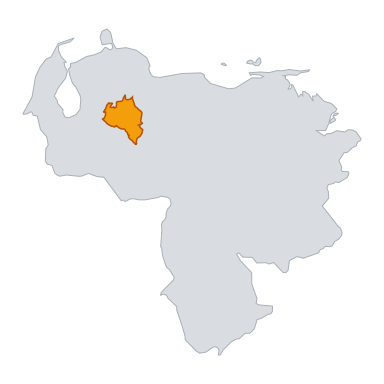 Portuguesa on a map of Venezuela (Robinson projection)
{"feature_id": "VEN-35", "entity_name": "Portuguesa", "entity_type": "State", "adm_level": 1, "iso_a3": "VEN", "parent_name": "Venezuela", "parent_adm1": "", "projection": "robinson", "projection_center": [-69.276, 8.978], "detail": "fine", "context": "in_parent", "style": "filled", "palette": "amber", "viewbox_px": 384, "rotation_deg": 0, "n_neighbors": 0, "source": "natural_earth", "source_scale": "10m", "svg_char_len": 7057}
<svg xmlns="http://www.w3.org/2000/svg" viewBox="0 0 384 384"><path d="M356.3,132.0L361.0,138.9L360.5,140.5L357.7,142.1L356.0,146.0L352.4,147.7L347.3,152.4L344.0,152.8L338.9,160.7L341.7,166.8L341.1,169.9L342.4,171.5L348.3,171.7L348.9,173.3L348.1,175.8L347.1,177.5L339.0,182.5L335.2,182.0L333.5,183.5L328.4,184.6L326.9,187.6L328.3,191.6L328.8,198.2L322.3,206.0L338.6,226.9L340.4,228.0L342.1,232.8L341.5,235.7L338.7,239.1L334.6,241.5L332.2,245.8L329.7,246.7L325.2,246.4L323.1,248.7L320.3,249.6L318.4,252.9L303.4,258.2L297.0,256.6L289.4,260.5L288.1,270.3L285.8,272.6L283.0,272.5L273.7,262.6L269.0,264.0L265.9,262.7L256.7,263.0L252.4,257.4L242.8,257.1L239.1,253.2L237.4,253.2L236.7,254.4L240.4,260.7L251.7,272.7L251.7,283.6L257.0,298.7L256.1,303.5L259.1,304.9L272.5,306.1L272.4,311.4L270.7,313.9L268.0,314.3L261.2,318.4L257.1,319.7L254.4,328.6L252.1,331.1L249.7,333.2L245.1,333.3L239.0,338.9L236.8,338.8L231.6,341.6L223.2,349.9L220.4,354.9L218.3,355.0L219.1,350.6L218.1,348.2L216.1,347.0L214.3,346.7L211.9,347.9L205.7,352.2L199.6,353.2L196.4,351.2L185.2,339.8L185.0,336.0L182.4,326.8L176.7,309.9L176.8,306.7L167.9,298.2L166.6,295.2L162.9,294.1L160.6,295.2L161.2,292.4L173.2,280.2L174.3,277.6L169.6,269.8L167.0,267.6L165.5,264.9L162.5,255.4L161.7,248.1L160.7,246.6L161.9,228.9L161.4,225.0L162.3,222.0L164.7,220.0L166.0,216.8L166.3,212.5L167.7,209.0L170.2,206.3L171.1,203.6L170.0,199.2L167.8,197.4L160.5,196.1L158.6,197.4L145.2,199.8L138.6,199.8L133.6,198.7L129.8,199.1L125.3,201.5L123.1,200.1L121.3,200.8L103.8,177.2L97.3,176.7L88.6,173.4L81.7,176.1L78.8,176.3L66.5,175.0L59.7,176.2L56.9,175.0L54.9,173.2L51.9,165.4L47.2,164.1L45.3,161.0L45.9,148.5L48.2,145.1L47.3,139.4L46.7,136.7L40.5,129.7L37.3,116.1L33.2,115.3L32.0,112.4L30.7,111.8L27.4,113.7L23.8,114.4L23.0,113.7L32.1,96.8L35.5,76.9L40.0,67.1L46.1,59.2L51.1,56.9L58.3,43.5L74.2,38.0L70.0,42.0L60.6,44.6L58.4,46.3L58.6,50.7L61.4,57.0L66.2,62.1L64.0,62.6L64.9,67.1L67.2,70.2L67.3,72.2L65.6,78.2L58.3,87.7L54.3,96.0L57.3,101.0L57.7,103.5L63.1,109.7L62.6,112.1L65.0,117.1L68.7,117.8L76.1,114.6L80.0,109.3L80.8,99.2L80.1,95.5L75.6,86.7L72.5,83.3L69.8,75.7L68.6,68.7L70.7,67.1L70.5,63.5L75.6,62.5L86.6,56.5L93.5,55.0L101.3,51.9L104.7,47.7L105.9,47.4L109.9,49.8L112.0,49.0L112.7,47.1L111.6,43.4L102.3,44.7L100.0,37.3L102.1,31.3L107.0,29.0L110.6,32.5L113.0,43.3L116.3,48.8L126.2,47.7L136.3,50.2L147.0,57.9L150.1,65.8L148.8,67.9L149.5,71.3L151.1,74.7L153.4,76.8L160.1,77.4L182.1,73.5L200.6,72.9L204.1,74.5L204.5,77.4L210.5,83.5L228.6,88.8L235.5,88.0L252.0,77.8L260.8,78.1L263.3,76.5L260.1,75.0L252.7,74.4L250.5,75.4L249.2,72.8L259.8,72.0L269.2,72.6L276.8,70.7L282.9,70.7L289.0,69.5L300.4,71.0L309.5,69.8L308.4,71.5L300.7,72.8L297.0,75.3L289.2,74.8L283.7,75.7L285.5,76.4L285.5,79.0L287.1,79.5L289.5,82.6L290.1,85.2L288.1,89.2L290.4,88.8L291.6,87.5L291.6,84.6L292.9,85.1L298.6,97.0L301.1,94.1L302.8,95.9L302.7,91.4L304.7,91.5L308.9,94.5L313.2,101.3L312.5,96.1L316.0,96.0L316.9,93.8L323.9,101.2L331.3,103.4L336.8,108.9L335.6,111.7L332.4,113.1L331.1,114.8L328.7,123.6L325.6,130.5L316.3,130.6L324.2,135.9L326.9,133.7L330.9,133.6L336.7,130.7L344.7,132.0L348.2,129.7L352.5,130.0L356.3,132.0ZM260.3,58.7L261.1,62.4L258.7,65.6L255.2,65.7L252.6,63.6L251.1,64.1L246.6,63.0L247.9,61.0L251.2,60.0L253.8,62.3L255.9,62.4L256.4,60.5L259.2,57.7L260.3,58.7ZM335.2,120.6L330.2,123.5L330.0,120.7L333.8,117.2L335.5,119.3L335.2,120.6ZM226.4,65.1L225.0,65.7L221.3,64.2L222.1,63.2L224.1,63.2L226.4,65.1ZM336.1,115.3L333.1,116.2L334.0,114.1L337.1,113.0L338.3,113.4L336.1,115.3Z" fill="#d9dde1" stroke="#a8b0b8" stroke-width="1"/><path d="M132.5,97.0L132.5,97.4L132.2,98.2L132.2,98.5L132.3,98.7L132.6,99.0L132.8,99.9L133.3,100.8L133.5,101.9L134.0,102.9L134.2,103.4L134.3,104.2L134.4,104.7L134.5,105.1L134.8,105.3L135.2,106.7L135.4,106.9L135.9,107.1L136.5,107.3L137.0,107.8L137.4,108.2L137.7,108.5L138.2,109.1L139.1,109.9L139.9,110.5L140.4,110.9L140.9,111.3L141.3,111.7L141.7,112.3L141.9,112.8L141.9,113.5L141.8,114.1L141.2,118.3L140.8,120.0L140.7,120.4L140.7,120.7L140.7,121.1L141.1,122.1L141.5,122.6L142.0,122.8L142.3,123.0L142.4,123.4L142.3,123.5L142.2,123.6L141.7,123.6L141.4,123.8L141.3,124.2L141.2,124.3L140.8,124.4L140.7,124.5L140.4,124.7L140.2,124.6L139.9,124.5L139.5,124.6L138.6,124.9L138.3,125.0L138.2,125.1L138.3,125.2L138.5,125.3L138.9,125.4L139.0,125.4L139.3,125.6L139.6,125.9L139.8,126.4L139.9,126.7L139.9,126.9L139.9,127.1L139.9,127.3L140.0,127.4L140.3,127.5L140.6,127.8L140.8,128.2L141.2,128.6L142.7,129.5L142.7,129.9L142.6,130.4L142.5,130.9L142.5,131.1L142.4,131.4L142.2,132.3L141.9,133.4L140.6,135.5L140.0,136.4L138.7,137.2L137.4,138.1L137.3,138.3L137.2,138.5L136.6,140.2L136.3,141.9L136.3,142.1L136.6,143.1L136.6,143.4L136.5,143.9L136.3,144.2L136.2,144.2L136.1,144.3L135.8,144.4L135.7,144.4L135.4,144.3L135.3,144.2L135.2,144.1L135.1,143.9L135.0,143.5L134.9,143.4L134.8,143.2L133.6,142.6L133.5,142.4L133.3,142.3L132.7,141.4L132.5,140.9L132.4,140.8L131.4,140.0L130.2,139.3L130.1,139.2L129.8,138.7L128.8,137.6L128.6,137.2L128.5,136.8L128.6,136.5L128.7,136.2L128.8,136.0L128.9,135.9L129.1,135.7L129.2,135.4L129.0,135.2L128.8,135.1L128.2,135.1L127.8,134.6L127.7,134.4L127.7,134.2L127.8,133.9L127.7,133.6L127.6,133.3L127.1,132.5L127.1,132.4L125.7,131.2L125.3,130.5L124.9,129.4L124.7,129.3L124.5,129.2L124.1,129.1L122.5,129.0L122.2,128.9L121.2,128.8L120.8,128.7L120.4,128.5L118.6,127.6L117.7,126.7L117.0,126.4L116.6,125.6L116.2,125.6L115.8,126.0L115.5,126.2L114.9,126.8L114.7,126.9L114.6,127.0L114.4,127.0L113.9,126.9L113.3,126.4L112.8,126.3L112.1,126.3L111.7,126.3L111.5,126.2L109.3,125.1L106.9,123.5L106.6,123.2L106.0,122.2L102.7,119.4L102.5,119.0L102.9,118.8L103.2,118.7L103.3,118.6L104.0,118.6L104.2,118.3L104.4,117.5L104.5,117.2L104.9,116.7L105.1,116.3L105.5,115.1L105.6,112.5L105.4,112.0L105.0,112.3L104.9,112.4L104.7,112.4L104.4,112.2L104.0,112.2L103.8,112.2L103.7,112.1L103.6,111.9L103.7,111.6L103.8,111.4L104.4,110.7L104.9,109.6L105.3,109.2L105.7,108.6L106.2,107.0L106.5,106.7L106.6,106.4L106.7,105.5L106.8,105.2L108.5,103.2L108.9,102.9L109.0,103.0L109.4,103.3L109.6,103.5L110.0,103.5L110.8,103.1L111.0,103.1L111.4,103.2L111.6,103.2L111.8,103.2L112.0,103.2L112.3,103.3L112.4,103.5L112.3,103.8L111.4,104.9L111.0,105.5L110.8,105.7L110.6,106.1L110.2,106.9L110.2,107.1L110.4,107.4L110.6,107.5L110.8,107.5L113.0,107.3L113.3,107.2L113.6,107.0L113.7,106.9L113.8,106.9L113.9,107.0L114.0,107.2L114.0,107.3L114.0,107.7L114.4,108.0L115.9,107.4L116.3,107.1L116.4,106.9L116.4,106.7L116.3,106.4L116.3,106.1L116.3,105.8L116.6,104.8L116.6,104.7L116.6,104.3L116.6,104.2L116.5,103.8L116.4,103.4L116.4,103.1L116.7,102.3L116.9,102.0L117.2,101.6L118.0,101.6L118.7,101.5L120.0,101.4L121.3,101.3L121.9,101.0L122.6,100.5L122.9,99.9L123.0,99.4L123.6,97.4L124.2,96.7L124.7,95.6L124.9,95.4L125.1,95.2L125.3,95.3L125.3,96.4L125.5,97.0L125.5,97.3L125.5,97.5L125.4,97.8L125.3,98.1L125.3,98.3L125.4,98.5L125.6,98.8L126.0,99.2L126.2,99.4L126.4,99.5L126.7,99.6L127.7,99.7L128.9,99.5L130.3,99.0L130.5,99.0L130.6,98.9L130.7,98.7L130.8,98.3L130.9,98.2L131.6,98.0L131.7,97.9L132.5,97.0L132.5,97.0Z" fill="#f59e0b" stroke="#b45309" stroke-width="1.5"/></svg>